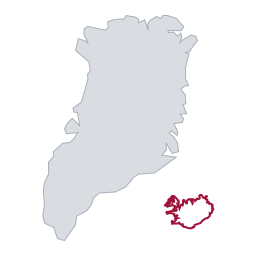 Iceland highlighted among its neighbors
{"feature_id": "ISL", "entity_name": "Iceland", "entity_type": "country or territory", "adm_level": 0, "iso_a3": "ISL", "parent_name": "Europe", "parent_adm1": "", "projection": "orthographic", "projection_center": [-19.868, 64.966], "detail": "fine", "context": "with_neighbors", "style": "outline", "palette": "rose", "viewbox_px": 256, "rotation_deg": 0, "n_neighbors": 1, "source": "natural_earth", "source_scale": "50m", "svg_char_len": 6561}
<svg xmlns="http://www.w3.org/2000/svg" viewBox="0 0 256 256"><path d="M149.9,20.3L156.6,16.5L160.5,18.4L163.2,15.4L167.5,15.5L176.5,18.4L183.8,26.9L181.1,30.7L168.0,30.6L168.3,32.5L173.6,32.2L177.6,36.1L180.7,33.2L181.8,36.9L179.8,42.7L183.9,39.1L191.2,34.9L195.9,36.5L197.4,40.7L191.3,48.5L190.5,50.9L184.8,52.8L189.0,53.2L185.5,67.4L185.6,78.9L188.5,85.6L184.7,86.0L180.7,89.3L185.2,94.8L185.9,103.7L183.0,104.6L186.5,113.6L180.2,114.3L183.5,118.6L182.4,122.3L173.9,123.6L177.4,130.9L177.3,135.6L171.2,130.9L169.3,133.6L173.5,136.5L177.5,143.1L178.5,151.6L172.2,153.4L166.0,142.8L166.5,150.0L161.9,155.1L176.2,157.2L154.6,172.9L138.5,174.1L133.7,177.3L125.7,187.0L115.1,192.0L99.2,193.0L93.6,198.0L91.1,205.0L86.7,210.8L76.6,216.1L75.6,224.6L64.5,240.6L57.5,238.5L53.8,227.5L44.7,223.2L42.8,215.8L44.4,205.0L43.3,189.5L44.6,182.3L48.7,173.7L48.5,162.3L53.7,156.3L53.3,151.8L62.9,143.1L69.8,142.5L73.3,139.4L77.9,132.5L66.4,133.8L64.5,128.5L68.1,122.3L72.3,118.3L79.6,125.7L77.4,112.4L73.8,112.0L73.0,108.3L81.4,102.0L87.9,79.4L87.6,74.1L90.3,70.7L88.8,61.8L75.5,50.3L78.4,38.7L84.8,40.8L88.4,43.5L84.0,35.0L84.2,28.7L87.6,26.4L105.0,30.1L108.3,27.9L107.6,22.0L111.7,20.2L121.0,18.8L123.5,19.5L126.2,15.6L135.1,17.0L138.8,19.3L138.3,22.7L144.6,19.8L148.4,30.4L147.7,24.1L149.9,20.3Z" fill="#d9dde1" stroke="#a8b0b8" stroke-width="1"/><path d="M203.6,197.9L204.1,197.9L204.8,197.5L205.1,197.2L205.9,196.4L206.4,196.1L207.1,196.1L207.5,196.0L207.0,196.4L206.7,196.6L206.2,197.1L205.8,198.3L205.5,198.9L205.5,199.1L206.0,199.5L206.5,199.7L206.9,199.5L207.1,199.5L207.3,199.8L207.5,200.2L207.5,200.5L207.5,201.1L207.3,201.8L206.9,202.4L207.0,202.6L207.3,202.7L208.7,202.2L208.9,202.2L209.0,202.4L209.0,202.7L209.1,203.0L209.3,203.2L209.3,203.5L208.7,204.5L209.4,203.8L210.0,203.6L211.0,203.8L211.4,204.1L211.7,204.6L212.1,204.4L212.5,204.7L212.5,205.0L212.4,205.5L212.4,206.0L212.2,206.2L211.9,206.4L211.8,206.5L212.0,206.8L212.3,207.2L212.6,207.1L212.6,207.3L212.7,207.5L212.6,207.8L212.4,207.9L212.2,208.2L213.0,208.6L213.2,208.8L213.2,209.1L213.2,209.4L213.1,209.8L212.9,210.0L212.3,210.1L212.0,210.3L212.1,210.7L212.2,211.2L212.1,211.7L211.8,212.6L211.4,213.1L211.0,213.4L210.3,213.4L209.9,213.2L210.0,213.9L209.6,214.4L209.7,214.7L209.9,214.9L209.8,215.4L209.7,215.9L209.4,216.4L209.0,216.7L208.3,217.2L207.8,217.9L207.4,218.2L206.3,218.2L205.2,218.7L203.7,219.7L202.7,220.4L201.9,221.3L200.9,222.6L200.2,223.2L199.7,223.3L198.8,223.5L198.1,223.9L195.6,224.6L194.7,225.0L194.6,225.3L194.3,225.8L194.3,226.0L194.5,226.1L194.5,226.3L194.2,226.9L193.6,227.3L193.3,227.3L192.9,227.0L192.7,227.1L192.9,227.6L192.5,227.8L190.9,228.4L188.1,228.0L186.9,227.6L185.6,227.0L184.7,226.9L183.6,226.8L182.6,226.0L182.2,225.4L182.2,225.2L182.3,224.8L182.5,224.7L182.8,224.7L182.6,224.2L182.3,224.3L181.7,224.9L181.1,224.6L181.1,224.3L180.4,224.2L179.8,223.8L179.2,223.3L179.1,223.1L179.4,222.8L179.4,222.7L179.2,222.7L178.7,222.7L178.0,223.4L177.8,223.5L173.4,223.6L172.4,223.6L172.1,223.7L172.0,223.2L171.8,222.3L171.8,221.6L171.9,221.3L172.0,221.0L172.3,221.0L172.5,221.3L172.6,221.8L172.9,222.0L174.4,221.5L175.0,221.2L175.3,220.9L175.6,220.4L175.9,220.1L176.1,219.8L176.4,219.0L176.6,218.6L176.9,218.3L177.2,218.1L177.8,218.0L177.4,217.8L177.0,217.8L175.6,218.7L175.1,218.6L175.3,218.3L175.8,217.8L175.5,217.8L175.4,217.6L175.4,217.2L175.6,216.5L176.8,215.7L177.2,215.6L177.3,215.4L177.2,215.3L176.9,215.2L175.8,216.0L174.9,216.3L174.7,216.2L174.3,215.9L174.2,215.7L174.0,215.3L174.0,215.1L174.4,214.4L174.4,214.2L174.1,214.2L173.4,213.5L172.3,213.5L169.5,213.0L168.9,213.1L167.9,213.6L167.3,213.8L167.0,213.6L166.8,213.3L166.6,212.9L166.4,212.4L166.6,212.0L166.9,211.9L167.2,211.8L168.0,212.0L168.9,211.7L169.5,211.6L170.1,211.2L170.5,211.3L170.6,211.5L171.6,211.2L171.9,211.0L171.9,210.9L172.1,210.8L172.5,211.0L172.9,211.0L173.4,210.9L174.2,210.9L176.1,210.9L176.4,210.6L176.5,210.3L176.7,209.6L176.6,209.4L175.5,210.1L175.2,210.0L173.9,209.6L173.4,209.2L173.6,208.9L174.3,208.3L175.1,207.7L176.1,207.2L176.4,207.0L176.4,206.7L175.7,206.2L174.4,206.3L174.1,205.7L173.0,205.3L172.2,205.5L171.9,205.1L170.9,205.5L168.7,206.1L167.8,206.5L167.4,206.7L166.9,206.2L166.0,205.7L165.0,205.5L164.9,205.3L165.6,204.5L166.0,204.4L166.4,204.5L167.1,205.1L167.7,205.3L167.0,204.4L167.1,204.1L167.1,203.6L166.9,203.4L166.7,202.9L166.8,202.7L167.1,202.7L167.6,202.9L168.8,203.9L169.4,203.7L169.8,203.4L170.3,203.2L170.2,203.1L169.1,203.0L168.5,202.8L168.2,202.5L168.0,202.0L168.1,201.8L168.4,201.7L169.3,201.8L168.8,201.0L168.4,200.5L168.3,200.3L168.4,200.0L168.4,199.8L168.5,199.7L169.6,200.2L169.8,200.3L169.6,200.0L169.2,199.5L169.1,199.3L169.4,199.2L169.5,199.0L169.5,198.8L169.8,198.6L170.1,198.6L170.5,198.8L171.4,199.7L171.6,200.0L171.6,200.3L171.5,200.7L171.6,200.8L172.0,200.7L172.3,200.9L172.9,200.3L173.1,200.4L173.3,200.7L173.3,201.0L173.3,201.3L173.2,202.0L173.5,201.7L174.0,201.7L174.1,200.8L174.1,200.1L172.6,199.1L172.3,198.8L172.0,198.4L172.1,198.2L172.4,198.0L172.8,197.9L173.9,198.0L174.0,197.9L173.8,197.7L173.3,197.5L173.2,197.4L173.2,197.1L172.6,197.2L171.9,197.2L171.3,197.0L171.3,196.8L171.6,196.6L172.1,196.1L172.4,196.0L173.0,196.1L173.7,196.0L174.3,196.2L174.7,196.7L175.3,197.5L176.2,198.1L176.3,198.3L176.7,198.7L177.6,199.9L178.5,200.6L178.5,200.8L178.4,201.0L178.0,201.2L178.1,201.4L178.6,201.5L178.9,202.0L178.6,203.6L178.4,203.9L178.2,204.1L177.3,203.8L177.5,204.2L178.1,204.7L178.3,205.0L178.2,205.3L178.3,205.3L178.5,205.2L178.6,205.4L178.5,205.8L178.4,206.2L178.3,206.4L178.3,206.6L178.5,206.5L178.8,206.6L179.1,207.0L179.4,208.3L179.5,208.7L179.7,208.3L179.8,207.4L179.9,207.0L180.1,206.9L180.2,206.5L180.4,205.5L181.0,204.8L181.3,204.6L181.6,204.5L182.2,205.4L182.4,205.5L182.6,205.5L182.8,205.0L183.0,203.9L183.1,202.8L182.9,201.5L183.0,200.6L183.3,200.1L183.7,199.9L184.1,200.1L184.4,200.4L185.1,201.7L185.6,202.4L186.1,203.1L186.3,203.3L186.8,203.4L187.0,203.2L187.0,202.9L186.9,201.1L187.0,200.6L187.2,200.2L188.0,199.9L188.4,199.7L188.9,199.2L189.2,199.0L189.5,199.0L189.8,199.1L190.1,199.5L190.6,200.2L191.2,201.3L192.0,202.1L192.4,203.4L192.5,203.7L192.8,203.3L192.8,202.7L192.6,201.9L191.8,199.9L191.8,199.5L191.8,199.2L192.3,199.2L193.5,199.3L193.9,199.6L194.7,200.8L195.0,201.1L195.5,200.8L195.7,200.5L196.0,199.8L196.7,198.6L196.9,198.5L197.1,198.6L197.5,198.9L197.7,199.2L198.1,199.3L198.5,199.2L199.0,198.8L199.6,198.5L199.7,197.9L199.8,197.6L199.2,195.9L199.4,195.5L200.4,195.0L201.3,194.9L201.5,195.0L202.1,195.8L202.5,196.3L202.7,196.6L202.8,197.4L203.1,197.6L203.6,197.9Z" fill="none" stroke="#9f1239" stroke-width="2"/></svg>